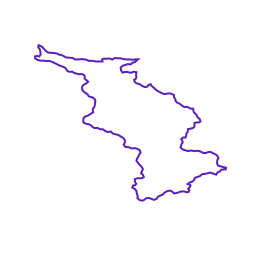 São Pedro do Suaçuí, Minas Gerais, Brazil, rotated 99°
{"feature_id": "56859067B41560098382432", "entity_name": "São Pedro do Suaçuí", "entity_type": "district", "adm_level": 2, "iso_a3": "BRA", "parent_name": "Brazil", "parent_adm1": "Minas Gerais", "projection": "equal_earth", "projection_center": [-42.603, -18.366], "detail": "fine", "context": "isolated", "style": "outline", "palette": "violet", "viewbox_px": 256, "rotation_deg": 99, "n_neighbors": 0, "source": "geoboundaries", "source_scale": "gbopen_adm2", "svg_char_len": 3458}
<svg xmlns="http://www.w3.org/2000/svg" viewBox="0 0 256 256"><g transform="rotate(99 128 128)"><path d="M110.6,164.4L112.8,164.6L114.6,165.8L116.5,165.4L118.1,164.9L119.3,166.5L120.8,168.1L122.3,169.9L123.7,172.6L125.8,173.5L127.8,173.4L129.6,172.8L130.4,169.9L130.5,167.4L131.1,164.9L132.4,163.3L133.3,161.4L132.7,158.0L133.6,155.4L133.2,152.7L134.6,150.0L135.1,147.3L134.2,144.2L135.8,142.4L136.1,140.1L136.4,136.6L137.7,133.3L138.7,130.9L140.5,129.2L143.1,128.9L145.3,129.6L147.1,127.7L146.9,124.5L147.6,120.8L146.8,117.9L147.2,115.1L148.4,112.6L150.5,111.7L152.0,112.6L154.4,113.3L156.9,114.3L159.1,114.5L160.7,112.8L162.8,110.5L164.4,108.2L166.2,106.9L168.6,107.5L170.5,108.1L171.7,106.1L174.1,104.7L175.2,106.2L175.9,108.2L176.0,110.7L177.5,113.3L180.1,112.7L181.9,111.1L183.4,112.0L184.0,114.0L186.2,114.4L187.1,111.7L188.7,109.9L191.7,108.9L193.7,107.7L195.7,107.8L197.4,105.3L197.5,102.2L196.0,100.3L194.5,99.1L193.8,96.4L194.4,93.6L194.9,91.0L193.2,88.4L191.3,87.8L189.8,85.7L188.2,83.2L186.4,82.0L184.4,79.7L183.2,76.7L184.0,74.2L185.4,72.3L184.6,69.9L183.6,67.8L182.4,65.6L181.8,62.6L182.3,60.5L181.7,58.2L179.8,57.7L178.5,59.1L176.7,57.6L174.8,57.3L174.0,60.3L172.2,58.5L170.6,55.8L168.7,54.4L166.8,54.2L165.5,51.8L164.2,49.4L162.0,47.6L161.2,44.9L160.4,42.4L159.2,40.1L159.6,37.2L160.3,33.6L157.6,32.4L156.4,30.4L154.5,29.3L154.0,27.2L153.6,25.0L151.9,25.0L151.5,29.7L151.0,33.1L149.2,34.4L147.2,34.7L145.3,34.7L143.7,33.9L141.8,35.1L140.6,36.8L139.9,39.3L138.8,41.9L139.0,44.6L140.5,47.2L140.9,49.5L140.2,51.8L139.6,54.1L139.8,56.5L140.4,58.9L140.4,62.2L141.4,65.3L141.0,68.1L140.5,70.9L138.9,73.1L137.2,72.9L135.3,72.5L133.5,71.7L132.0,72.4L130.8,73.7L128.9,72.4L128.4,69.7L126.3,69.3L124.5,69.4L122.4,68.5L119.8,68.6L118.9,66.2L117.8,63.8L116.3,62.6L114.5,62.8L112.6,63.2L111.7,61.0L111.5,58.9L110.1,57.4L107.7,58.8L106.3,61.3L104.5,62.1L103.2,64.0L101.9,65.6L100.2,66.2L98.7,66.7L99.1,69.2L98.3,71.3L97.9,73.4L98.5,75.6L97.6,77.9L96.0,80.7L95.0,83.9L93.7,85.3L92.2,85.7L90.3,87.4L88.4,87.6L87.5,90.1L87.3,92.7L88.1,95.1L88.9,97.5L88.2,100.1L87.4,102.8L86.5,105.4L85.4,107.1L84.0,109.1L82.7,111.5L81.2,112.5L82.3,114.5L84.2,115.4L85.0,117.6L84.2,120.6L82.9,123.2L82.5,126.8L81.1,128.8L79.5,129.5L78.2,128.1L76.7,127.7L75.0,128.1L73.3,128.4L71.6,128.4L71.5,131.3L72.8,133.2L73.0,135.5L72.7,137.5L73.2,139.7L74.1,142.2L72.1,143.9L69.4,144.7L67.2,142.9L66.1,140.3L64.9,138.3L64.8,135.2L62.8,133.9L62.0,131.6L60.5,130.4L58.5,128.8L58.9,131.0L59.7,132.9L59.9,135.3L60.1,137.5L60.5,139.8L60.7,143.1L60.3,146.0L60.8,148.9L60.9,151.9L62.9,154.3L62.2,157.4L63.0,160.3L63.3,162.6L64.2,164.3L66.3,163.6L66.8,166.8L67.2,168.8L67.3,171.7L67.3,174.9L67.8,177.1L67.0,180.1L67.1,184.1L68.0,187.6L68.6,191.2L67.5,193.5L67.8,197.6L68.0,200.5L67.0,202.8L66.3,205.3L66.4,207.4L65.6,209.6L65.5,212.8L65.7,215.7L66.0,217.8L65.5,220.0L64.1,222.0L62.8,223.7L61.6,225.0L60.8,226.9L60.2,229.2L62.4,229.3L63.8,227.6L66.3,226.5L69.1,225.8L71.2,226.8L71.1,229.1L71.8,231.0L73.7,230.7L74.9,228.0L75.2,224.7L74.7,222.4L74.7,219.6L74.2,217.2L74.2,214.5L74.8,212.6L75.7,209.4L76.7,206.5L77.3,203.9L77.8,200.9L79.0,198.5L80.9,197.2L81.7,194.6L81.1,192.0L81.9,190.1L82.3,187.8L82.6,185.1L81.9,182.1L82.8,179.3L84.6,178.7L86.2,178.5L87.4,176.3L88.5,174.6L90.6,176.3L92.2,178.5L93.6,179.5L95.4,179.7L97.2,179.3L98.9,177.7L100.1,175.2L101.1,173.2L102.9,171.7L103.3,168.1L104.4,165.7L106.1,164.5L108.6,164.4L110.6,164.4Z" fill="none" stroke="#5b21b6" stroke-width="2"/></g></svg>